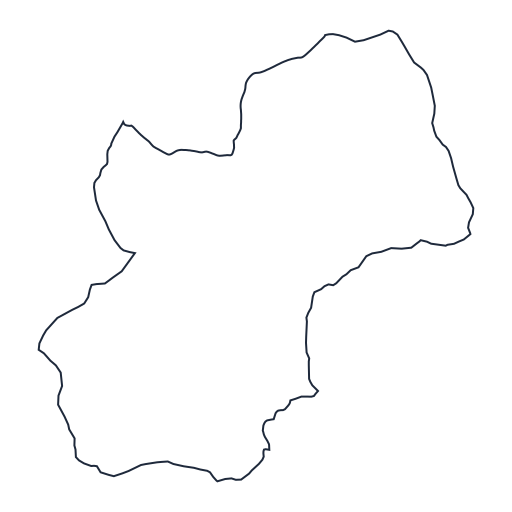 outline of Bjachho, Chhukha, Bhutan
{"feature_id": "84629894B4757320303764", "entity_name": "Bjachho", "entity_type": "district", "adm_level": 2, "iso_a3": "BTN", "parent_name": "Bhutan", "parent_adm1": "Chhukha", "projection": "mercator", "projection_center": [89.581, 27.074], "detail": "fine", "context": "isolated", "style": "outline", "palette": "slate", "viewbox_px": 512, "rotation_deg": 0, "n_neighbors": 0, "source": "geoboundaries", "source_scale": "gbopen_adm2", "svg_char_len": 4914}
<svg xmlns="http://www.w3.org/2000/svg" viewBox="0 0 512 512"><path d="M388.6,30.7L380.3,34.6L363.7,40.2L355.0,41.7L346.5,37.6L339.0,35.2L332.9,34.1L328.9,34.3L325.1,35.1L324.6,36.4L323.6,37.5L322.5,38.6L321.4,39.7L320.3,40.7L319.2,41.8L318.2,42.9L317.1,44.0L316.0,45.0L314.9,46.1L313.8,47.2L312.7,48.2L311.6,49.3L310.5,50.4L309.4,51.4L308.3,52.4L307.1,53.5L306.0,54.5L304.8,55.5L303.6,56.4L302.3,57.2L300.9,57.6L299.3,57.7L297.8,57.7L296.3,58.0L294.8,58.3L293.3,58.6L291.8,58.9L290.3,59.4L288.9,59.8L287.4,60.3L286.0,60.9L284.6,61.4L283.2,62.0L281.8,62.6L280.4,63.3L279.0,64.0L277.7,64.6L276.3,65.3L275.0,66.0L273.6,66.7L272.2,67.4L270.9,68.0L269.5,68.7L268.1,69.3L266.7,69.9L265.3,70.6L263.9,71.2L262.5,71.7L261.1,72.2L259.6,72.6L258.0,72.8L256.4,72.9L254.9,73.1L253.5,73.6L252.3,74.4L251.2,75.4L250.1,76.5L249.1,77.7L248.1,79.0L247.3,80.3L246.6,81.6L246.0,83.0L245.7,84.5L245.5,86.0L245.4,87.6L245.2,89.1L244.8,90.6L244.4,92.1L243.8,93.5L243.2,94.9L242.6,96.4L242.1,97.8L241.6,99.2L241.2,100.7L240.9,102.2L240.7,103.7L240.6,105.3L240.6,106.8L240.7,108.3L240.9,109.8L241.0,111.4L241.1,112.9L241.2,114.4L241.2,116.0L241.2,117.5L241.2,119.0L241.1,120.6L241.1,122.1L241.0,123.6L240.9,125.1L240.9,126.7L240.9,128.2L240.4,129.7L239.8,131.0L239.1,132.4L238.4,133.8L237.6,135.1L237.0,136.5L236.3,137.9L235.5,138.7L234.5,139.5L233.7,140.5L233.7,141.7L233.8,143.0L234.0,144.6L234.0,146.1L234.1,147.6L233.8,149.1L233.4,150.5L232.9,152.1L232.4,153.6L231.6,154.8L230.4,155.3L228.8,155.2L227.2,155.1L225.6,155.3L224.1,155.4L222.6,155.6L221.1,155.7L219.6,155.8L218.1,155.6L216.6,155.2L215.2,154.6L213.8,154.0L212.3,153.5L210.9,152.9L209.5,152.4L208.0,151.9L206.5,151.6L205.1,151.7L203.5,152.1L202.0,152.4L200.5,152.3L199.0,152.1L197.5,151.7L196.0,151.4L194.5,151.1L193.0,150.9L191.5,150.7L190.0,150.4L188.5,150.3L187.0,150.1L185.5,150.0L183.9,150.0L182.4,149.9L180.8,149.9L179.3,150.1L177.9,150.4L176.5,150.9L175.1,151.7L173.8,152.5L172.5,153.3L171.1,154.0L169.7,154.5L168.2,154.5L166.7,153.9L165.4,153.2L164.0,152.5L162.7,151.8L161.4,151.0L160.1,150.3L158.7,149.5L157.4,148.8L156.0,148.1L154.7,147.3L153.4,146.5L152.3,145.4L151.3,144.3L150.3,143.1L149.3,141.9L148.2,140.9L147.0,140.0L145.8,139.0L144.6,138.1L143.4,137.1L142.3,136.1L141.1,135.1L140.0,134.0L138.9,133.0L137.9,131.9L136.8,130.8L135.7,129.7L134.6,128.5L133.6,127.4L132.5,126.4L131.3,125.6L129.9,125.9L128.3,125.7L126.8,125.5L125.4,125.0L124.2,124.1L123.2,121.9L122.6,123.2L117.4,132.2L114.5,136.6L111.3,143.6L111.2,144.8L110.6,146.3L109.2,148.0L107.7,150.8L107.3,154.2L107.5,161.9L107.0,164.0L105.7,165.3L103.7,166.9L101.4,169.5L100.4,172.9L100.0,175.2L98.8,177.3L96.0,180.2L94.4,182.9L94.0,187.3L96.0,200.5L99.2,209.8L105.4,221.3L108.8,229.4L114.5,240.1L120.5,248.0L123.6,250.4L129.8,252.1L134.9,253.1L121.7,271.3L112.8,277.6L104.9,283.5L96.4,284.1L91.6,284.9L89.9,289.5L88.2,297.2L84.2,303.5L78.1,307.0L72.5,309.7L69.9,311.1L57.4,317.9L46.2,330.3L43.2,335.4L39.4,343.4L38.7,349.8L43.9,353.3L50.4,360.7L55.9,365.4L60.7,372.6L62.1,386.0L58.5,395.6L58.1,404.7L64.6,416.7L68.2,424.6L69.2,429.4L74.6,438.4L74.4,445.5L75.5,449.5L75.9,457.1L79.0,460.4L84.0,463.4L91.2,466.0L94.0,465.8L96.9,466.2L100.6,472.3L108.8,474.9L113.9,476.2L114.7,475.9L122.3,473.4L128.6,471.0L141.0,465.0L145.5,464.1L157.1,462.3L161.8,461.9L167.8,461.5L173.4,464.0L183.8,466.3L193.9,467.8L200.3,469.5L207.2,470.8L210.0,472.3L213.2,476.9L216.4,480.5L217.4,481.3L225.2,479.0L231.5,478.4L235.8,479.8L241.1,479.6L249.1,473.6L251.8,470.4L258.9,463.9L262.4,459.7L263.7,456.7L263.4,453.2L263.5,451.2L264.0,449.6L265.7,449.2L269.3,449.8L269.1,445.0L268.9,444.0L267.3,440.8L264.9,436.9L263.9,434.6L263.2,431.8L262.8,430.6L263.4,425.5L264.3,423.3L265.4,421.6L267.1,420.4L271.1,419.6L273.7,419.2L275.6,413.2L276.7,411.7L278.2,410.6L280.6,410.2L283.1,410.1L285.0,409.2L286.4,407.6L288.0,405.8L289.1,404.4L289.9,402.8L290.4,400.4L295.5,398.8L301.4,396.6L307.2,396.6L311.3,396.7L313.9,396.0L315.6,393.7L318.0,391.0L312.3,385.3L310.3,381.8L309.1,378.9L308.8,365.2L308.8,361.4L309.2,358.4L306.6,352.5L306.0,342.8L306.2,336.4L306.6,327.8L306.9,321.5L306.4,317.6L308.3,312.8L311.1,307.8L312.8,296.5L314.4,292.2L321.1,289.2L324.5,286.2L328.5,284.4L333.2,285.2L336.2,283.3L342.5,276.7L346.4,274.3L350.7,270.2L358.5,267.3L366.3,256.2L372.2,253.4L381.3,251.8L391.2,248.1L401.6,248.7L411.3,247.7L416.8,243.4L419.5,241.4L420.7,240.2L427.0,241.7L431.1,243.7L445.7,245.7L447.5,244.8L454.0,243.8L459.0,241.5L463.8,239.5L470.4,234.1L470.2,233.2L468.1,227.8L469.0,222.3L472.8,214.2L473.3,208.1L470.6,202.3L468.2,198.1L466.5,194.8L463.8,192.0L460.3,188.3L458.4,185.2L456.4,178.4L453.1,166.7L451.9,161.6L451.1,158.2L448.6,150.9L446.0,147.0L442.7,144.6L439.4,140.0L436.4,136.7L434.2,130.7L433.5,127.4L432.2,123.1L434.3,113.7L434.8,105.8L433.0,96.6L431.2,87.6L427.0,75.0L423.5,70.0L420.9,67.6L414.1,62.5L409.0,54.2L404.7,46.7L402.0,42.1L397.4,34.6L392.8,31.5L388.6,30.7Z" fill="none" stroke="#1e293b" stroke-width="2"/></svg>